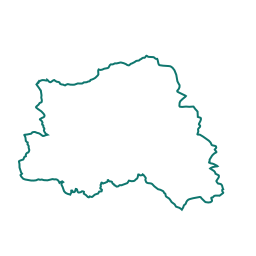 outline of Pac Nam, Bắc Kạn, Vietnam, rotated 98°
{"feature_id": "81297802B12739753000309", "entity_name": "Pac Nam", "entity_type": "district", "adm_level": 2, "iso_a3": "VNM", "parent_name": "Vietnam", "parent_adm1": "Bắc Kạn", "projection": "equal_earth", "projection_center": [105.684, 22.609], "detail": "fine", "context": "isolated", "style": "outline", "palette": "teal", "viewbox_px": 256, "rotation_deg": 98, "n_neighbors": 0, "source": "geoboundaries", "source_scale": "gbopen_adm2", "svg_char_len": 5847}
<svg xmlns="http://www.w3.org/2000/svg" viewBox="0 0 256 256"><g transform="rotate(98 128 128)"><path d="M202.0,175.9L201.0,175.7L200.1,175.2L199.4,175.1L198.3,175.5L197.9,175.5L197.7,175.0L197.7,174.6L197.8,174.4L199.0,174.0L199.1,173.3L199.0,172.4L198.6,171.9L198.2,171.7L196.1,171.3L195.6,171.2L195.6,170.5L196.1,169.9L197.8,169.2L198.6,168.5L198.8,168.0L198.7,167.4L198.1,165.8L197.1,164.8L197.0,163.9L197.3,162.8L199.2,162.6L200.2,160.4L201.9,158.2L202.1,157.4L202.1,157.1L201.8,156.8L201.1,156.5L201.3,154.8L201.3,154.3L201.1,153.7L198.7,151.7L197.8,150.1L197.1,148.5L195.0,147.7L194.4,145.4L193.7,145.2L192.7,145.3L191.7,147.0L191.3,147.1L189.8,146.7L189.1,146.9L188.5,147.2L188.1,147.2L187.3,146.8L186.4,146.9L185.8,146.6L185.8,146.1L186.4,145.1L186.4,144.8L185.9,144.1L185.4,142.9L184.9,142.3L184.5,141.4L184.0,141.0L183.4,140.8L182.5,140.8L182.3,140.4L182.4,140.2L183.2,139.6L183.4,139.0L183.3,137.6L183.4,137.0L183.6,136.4L185.0,135.6L185.3,135.3L185.6,134.3L186.7,133.4L186.7,132.5L187.4,131.6L187.6,131.2L187.4,130.3L187.2,129.7L185.8,128.3L185.6,126.5L182.7,121.1L181.9,120.6L180.0,119.8L180.0,119.2L180.2,117.3L179.8,115.2L179.4,114.4L178.8,113.8L177.7,113.0L176.9,112.1L176.1,111.7L174.8,111.5L172.7,111.4L172.5,110.8L173.0,110.1L173.2,109.2L172.7,107.4L171.9,107.0L172.5,105.9L174.8,103.6L175.4,103.4L176.6,103.6L177.2,103.5L179.1,102.4L179.5,101.8L179.8,100.4L179.7,98.6L179.8,97.1L180.1,96.3L182.1,93.8L184.4,89.8L184.7,87.3L185.6,84.6L186.0,84.0L187.1,83.3L187.5,82.8L187.8,82.0L188.4,81.7L190.1,81.1L190.7,80.5L192.1,77.5L193.2,76.3L195.3,74.5L197.1,71.2L199.2,69.5L199.9,66.0L200.8,64.1L201.4,63.3L199.0,62.3L197.0,61.9L196.3,61.5L195.5,60.6L194.5,60.2L193.1,59.9L191.8,59.3L190.5,58.2L189.7,56.7L188.5,53.8L186.6,48.2L186.3,47.2L186.5,46.3L187.5,45.3L190.3,41.5L190.6,40.8L190.6,38.1L190.0,36.0L189.0,34.9L188.3,34.7L187.7,34.8L186.4,35.6L185.6,35.8L185.4,35.7L185.2,35.3L185.0,34.5L183.2,33.1L182.7,31.7L182.3,28.8L182.3,27.9L179.2,24.8L178.8,24.7L177.5,25.8L176.9,26.0L176.3,26.1L175.9,25.9L175.4,25.2L174.6,25.7L171.8,26.9L170.8,27.9L170.5,29.1L170.5,31.0L169.4,32.3L168.5,33.0L168.1,33.1L164.3,31.3L162.9,31.3L162.3,31.6L162.0,32.3L161.1,35.0L160.3,35.3L159.3,36.0L158.5,37.0L156.7,41.0L156.3,40.7L155.0,38.8L154.0,36.1L153.6,34.3L153.4,34.0L153.0,34.6L151.8,38.0L151.5,39.6L151.5,41.0L151.1,42.3L151.0,42.8L150.6,43.0L149.5,42.5L148.4,42.8L147.8,42.7L144.1,41.1L142.9,40.4L141.1,38.9L140.0,37.4L139.5,37.1L139.0,37.4L137.9,38.6L137.2,39.1L135.7,38.1L135.2,37.9L134.0,38.3L133.6,39.4L133.4,42.1L133.1,42.8L130.9,44.2L129.3,46.2L126.0,52.6L124.7,55.7L124.6,56.1L124.8,57.7L124.7,58.2L124.5,58.4L121.5,57.9L119.9,58.4L118.9,58.3L116.9,56.9L116.2,56.8L115.7,56.9L115.4,57.1L115.1,57.8L114.5,58.3L114.0,58.3L110.7,57.2L109.2,57.0L108.2,57.2L107.8,57.6L107.3,60.4L102.1,61.4L101.2,62.4L99.9,64.0L97.7,66.1L97.8,66.9L98.5,70.3L98.7,73.5L99.6,77.3L99.7,79.5L99.0,80.2L96.0,80.4L94.3,80.0L91.8,78.1L89.0,75.5L88.3,75.1L88.0,75.6L85.7,82.7L85.2,84.0L84.8,84.3L84.3,84.4L82.3,83.2L80.5,82.7L79.0,82.8L78.1,83.1L77.1,84.0L74.8,85.6L68.6,87.6L64.4,90.0L62.4,92.0L61.4,93.6L61.0,94.8L61.0,96.3L61.4,101.9L61.4,104.1L61.4,105.3L61.1,106.1L60.1,106.8L56.8,108.0L55.5,108.7L55.6,109.3L55.6,110.1L55.2,111.0L54.5,112.0L54.3,112.8L54.7,117.5L54.5,118.4L54.0,119.2L53.9,119.8L54.2,120.1L55.8,121.0L56.2,121.6L56.3,122.7L56.9,123.7L57.7,124.3L58.4,125.5L59.4,126.2L59.9,127.3L60.2,128.6L60.6,129.4L61.3,130.1L62.0,130.9L63.6,133.2L64.0,134.1L65.7,135.6L65.9,136.3L65.7,137.6L65.0,139.0L64.4,141.3L64.2,143.2L64.1,144.2L64.4,145.2L64.8,146.1L65.6,148.2L65.8,149.9L67.1,151.9L67.4,153.9L68.3,154.7L70.9,155.7L71.5,156.5L72.6,159.8L73.7,161.5L74.3,163.1L74.3,164.2L74.1,165.2L74.7,165.4L75.5,165.5L79.1,164.8L80.2,165.3L82.8,167.3L84.1,168.9L85.2,170.8L85.6,171.8L86.6,172.1L87.1,172.6L87.5,173.9L88.4,175.3L88.7,176.6L89.0,178.1L90.0,179.1L90.4,179.8L90.9,184.0L92.5,187.0L92.8,188.3L93.1,191.1L92.9,193.7L93.7,195.3L94.5,196.1L94.5,196.9L94.1,198.1L94.1,199.0L94.1,199.9L93.8,201.2L93.3,201.7L92.5,202.1L92.1,203.1L92.1,205.0L91.4,206.7L90.8,207.6L91.1,208.5L93.1,210.6L93.5,211.4L93.2,212.4L92.7,213.2L91.9,214.1L91.5,214.8L92.0,214.8L92.4,215.4L92.3,217.8L92.4,218.8L92.5,219.6L93.1,220.8L93.8,221.9L94.5,222.6L94.8,222.7L94.4,222.9L97.6,224.7L101.7,220.8L102.4,220.4L102.9,219.6L107.6,218.2L110.1,218.1L111.8,217.4L113.0,217.1L114.0,217.1L114.5,217.3L115.6,219.0L117.3,219.8L119.2,221.5L120.1,222.0L120.6,221.7L121.7,219.9L123.6,216.1L125.6,213.6L126.5,212.8L127.2,212.4L128.4,212.5L129.1,213.1L130.0,214.6L131.5,216.4L131.8,216.4L133.2,214.3L134.5,213.4L135.7,213.6L136.4,213.5L136.6,213.4L137.0,212.5L137.3,212.2L138.3,212.1L138.8,211.9L139.3,211.7L139.8,211.0L140.1,210.8L140.7,210.7L141.9,211.0L142.2,210.9L143.2,210.4L145.3,208.5L145.5,207.6L145.9,206.8L146.6,208.6L147.3,209.7L147.7,210.9L147.7,211.4L146.1,214.3L145.6,215.7L145.5,217.2L144.9,219.6L145.0,220.4L145.3,221.4L145.6,222.1L147.0,223.0L147.2,223.3L148.5,227.1L149.1,229.4L149.4,229.7L150.8,228.7L152.1,228.1L155.0,227.4L156.1,226.0L156.3,225.3L158.3,225.2L158.6,224.7L159.8,223.8L161.2,223.7L163.5,222.7L164.0,222.7L164.8,222.8L165.3,223.1L165.9,223.2L166.2,223.5L166.7,224.5L167.4,225.0L167.9,225.3L169.1,225.5L170.2,225.2L170.8,226.2L171.3,226.7L173.5,227.2L173.8,227.4L175.2,230.2L176.1,231.3L176.5,231.3L178.7,230.5L182.3,229.9L186.4,227.9L187.0,227.6L188.0,226.6L189.6,227.9L189.8,227.8L191.0,226.9L192.9,224.6L193.3,222.6L193.5,216.6L193.2,214.2L192.6,211.8L191.5,210.0L191.3,209.5L191.5,208.1L191.4,207.3L191.0,206.1L191.3,204.5L191.3,203.6L191.0,200.4L189.2,195.9L189.1,195.2L189.2,193.9L188.9,192.7L188.9,191.6L189.2,190.7L189.4,190.3L189.9,189.7L190.7,188.9L191.5,188.5L191.9,188.2L190.7,186.9L190.0,185.7L190.6,184.7L191.7,186.0L193.4,186.0L195.4,184.6L199.5,182.5L200.9,180.8L201.6,178.7L202.0,175.9Z" fill="none" stroke="#0f766e" stroke-width="2"/></g></svg>